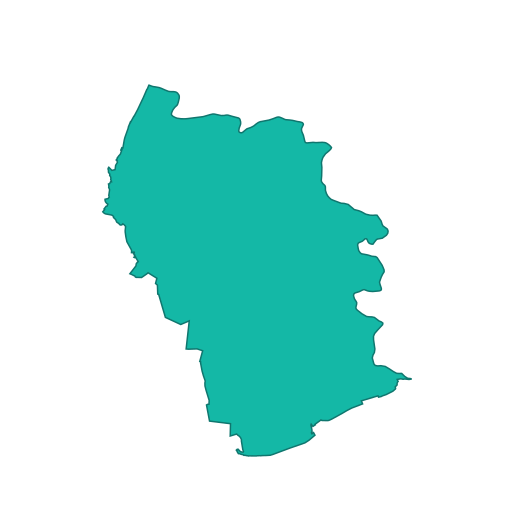 the district of Huanímaro, Guanajuato, Mexico, rotated 253°
{"feature_id": "50627088B31138177943412", "entity_name": "Huanímaro", "entity_type": "district", "adm_level": 2, "iso_a3": "MEX", "parent_name": "Mexico", "parent_adm1": "Guanajuato", "projection": "mercator", "projection_center": [-101.493, 20.365], "detail": "fine", "context": "isolated", "style": "filled", "palette": "teal", "viewbox_px": 512, "rotation_deg": 253, "n_neighbors": 0, "source": "geoboundaries", "source_scale": "gbopen_adm2", "svg_char_len": 6038}
<svg xmlns="http://www.w3.org/2000/svg" viewBox="0 0 512 512"><g transform="rotate(253 256 256)"><path d="M450.7,203.6L450.1,203.0L447.6,201.0L447.2,200.3L444.7,198.2L439.9,194.1L438.2,192.5L430.6,185.6L425.2,180.2L425.3,180.0L420.4,175.0L420.7,174.9L416.5,171.5L416.1,171.5L408.4,165.8L407.1,164.9L405.2,163.8L398.3,160.3L398.8,159.4L397.6,158.7L397.6,158.2L396.9,157.8L396.8,158.8L393.0,156.0L392.0,154.2L390.2,151.8L389.6,151.8L388.7,150.4L387.7,151.2L387.4,150.9L386.0,150.8L383.8,148.3L379.8,146.5L380.0,143.2L383.9,141.2L383.1,140.2L382.8,140.2L382.3,139.9L381.5,140.0L379.2,139.4L378.5,139.6L377.6,140.0L377.0,140.1L376.4,139.9L376.1,139.7L375.8,139.6L374.3,140.1L372.9,140.0L371.5,139.4L370.2,139.6L369.2,139.5L369.6,138.7L368.0,137.2L368.0,136.0L365.8,135.7L364.4,135.1L363.4,135.4L362.0,135.3L356.9,132.9L355.2,132.9L354.8,132.1L354.2,131.6L354.4,128.2L353.2,127.9L351.9,127.9L350.2,128.5L348.9,129.5L347.2,128.1L347.4,127.2L345.4,124.4L344.6,124.8L343.1,122.4L342.1,122.8L341.0,123.6L340.2,124.5L337.4,129.9L336.8,130.5L336.2,130.9L335.2,131.3L334.7,131.0L334.4,131.0L333.1,131.8L331.5,132.5L329.9,132.6L329.0,132.8L327.1,134.4L326.1,134.7L325.4,135.2L325.1,135.9L325.0,136.9L325.6,137.8L325.7,138.0L324.5,139.0L322.5,139.9L322.3,139.9L318.5,138.3L317.0,137.9L312.7,137.2L307.4,136.7L298.4,138.6L297.2,138.5L295.6,137.9L295.4,138.5L295.6,139.1L295.5,139.9L295.4,139.8L295.2,140.4L294.6,141.1L295.0,139.6L294.5,139.5L293.9,139.7L293.7,139.6L292.9,140.3L292.6,140.2L292.3,139.9L291.3,140.4L290.6,140.5L290.4,140.2L290.7,139.2L290.5,138.9L289.9,139.5L289.5,140.6L285.1,141.7L284.7,140.7L284.4,140.7L284.2,140.0L283.9,139.5L283.4,139.1L281.8,138.4L281.5,138.1L275.9,130.2L274.5,131.9L273.0,133.4L272.5,134.2L271.2,134.5L270.6,135.2L268.9,140.3L270.8,146.3L271.5,147.9L263.7,154.7L259.1,151.9L257.0,153.2L248.3,150.9L247.7,151.7L223.8,151.4L212.5,164.0L213.5,173.2L187.5,162.0L186.6,164.3L184.4,172.5L181.0,177.3L171.6,171.4L171.2,172.1L169.7,171.7L161.7,170.8L156.7,170.7L151.3,170.9L149.5,170.0L146.6,169.2L142.1,169.0L131.6,169.0L128.0,167.7L128.3,166.2L128.0,165.1L111.7,163.3L103.1,182.6L91.4,178.7L91.4,185.4L89.7,186.4L88.5,187.4L86.8,188.1L84.8,188.4L83.1,187.9L81.5,187.7L74.9,186.8L72.7,186.9L72.2,186.3L72.5,185.4L73.5,183.9L76.4,182.4L76.1,181.6L76.6,181.4L76.1,180.4L74.5,180.9L73.7,180.9L72.1,181.4L71.9,182.0L71.8,182.3L71.4,183.0L70.9,183.5L70.0,185.0L69.8,185.6L69.0,186.0L68.7,187.0L68.0,188.4L67.7,188.8L67.3,189.9L66.9,190.4L66.9,190.7L66.9,190.9L66.5,192.2L65.3,195.9L64.7,197.9L64.6,198.8L64.0,201.1L63.5,202.4L63.5,203.0L62.3,207.2L61.3,211.4L61.3,214.1L62.4,232.2L63.0,248.2L64.3,252.8L67.4,260.0L70.3,259.4L69.6,257.6L69.6,257.4L70.6,257.3L71.2,257.5L71.5,258.2L73.8,258.7L78.3,259.1L79.0,259.6L76.4,260.6L77.2,263.3L77.8,263.2L80.2,270.2L79.6,270.7L79.3,271.3L77.6,276.5L77.5,277.6L77.6,278.7L77.9,280.8L80.4,292.7L81.6,297.7L82.6,303.1L83.4,314.7L86.7,314.4L86.6,331.8L85.2,331.9L85.0,334.7L85.3,336.2L85.4,339.9L86.4,345.8L86.7,347.4L88.0,350.3L88.3,350.7L88.9,350.8L90.1,350.8L91.4,353.2L93.0,353.7L94.1,354.5L94.4,355.2L96.7,354.9L96.2,358.6L95.1,360.7L94.9,362.3L93.2,366.2L92.9,368.3L93.3,368.4L93.8,367.5L94.7,365.3L97.4,363.0L101.1,361.0L101.9,358.3L102.7,356.2L105.3,353.6L109.2,350.4L112.6,347.3L114.6,343.3L115.3,340.2L116.5,338.0L118.3,337.2L124.5,337.4L127.0,338.9L129.1,341.0L132.3,342.5L141.4,343.9L144.9,344.9L147.2,346.8L149.6,350.6L153.3,357.0L154.7,357.7L156.2,356.7L158.0,354.6L162.6,351.3L163.8,349.2L164.8,346.4L165.8,344.1L169.8,340.4L174.5,337.1L176.3,336.3L177.7,336.5L180.6,338.2L182.1,338.7L183.9,338.3L185.9,337.7L187.9,337.6L189.7,337.7L191.2,338.6L191.7,340.0L191.7,344.3L192.4,348.4L192.2,349.7L190.1,352.4L189.1,354.2L187.9,357.3L186.6,363.6L186.6,364.7L186.8,365.6L187.2,366.0L187.9,366.3L188.9,366.4L192.9,366.3L195.0,366.5L199.1,369.5L201.4,371.6L203.4,373.9L205.2,374.4L207.7,374.2L210.3,373.9L219.0,371.4L220.4,370.3L221.9,366.7L223.8,364.0L224.8,362.3L227.3,357.5L228.8,356.5L231.2,355.8L233.8,356.0L236.9,356.4L238.3,357.4L238.7,358.6L239.0,361.8L239.7,363.6L240.5,365.1L240.3,366.4L239.8,366.9L238.7,367.1L236.7,367.3L235.0,368.0L233.7,369.7L233.1,371.3L234.8,373.5L236.4,375.9L236.7,377.0L236.1,382.0L237.7,386.8L239.3,388.7L241.2,389.6L243.3,389.5L247.7,386.2L249.6,385.9L252.8,385.9L259.6,383.7L260.2,382.1L260.7,379.8L261.7,377.0L263.9,373.2L267.4,369.8L269.2,367.6L271.7,363.5L278.3,359.3L280.5,355.7L281.6,352.8L286.6,346.3L288.2,344.4L290.3,343.1L292.6,342.1L295.3,341.6L298.5,341.6L301.9,342.6L303.3,342.5L305.5,341.2L307.1,340.6L308.2,340.4L309.4,340.6L313.4,342.2L321.5,344.9L325.4,345.7L326.4,346.0L328.7,347.3L330.7,348.8L333.4,352.3L335.4,357.0L336.5,358.9L337.6,359.9L338.8,359.5L340.5,358.6L342.3,357.3L343.5,356.2L344.3,355.1L345.3,352.7L346.9,346.5L348.0,343.8L349.2,337.9L349.5,337.3L349.8,336.8L350.4,336.4L351.2,336.2L357.6,336.6L361.5,336.2L362.9,336.3L363.7,336.5L364.7,336.9L365.5,337.6L367.7,339.6L368.1,339.8L368.7,339.8L369.1,339.7L369.8,339.4L370.3,338.9L371.4,337.2L372.6,334.7L374.9,330.8L376.1,328.2L377.6,324.5L378.1,323.6L380.0,321.5L381.8,319.3L382.2,318.5L382.5,317.5L382.6,316.2L382.3,312.3L382.2,308.2L383.0,300.9L383.2,299.4L383.1,298.4L383.0,297.3L382.6,296.0L382.2,294.7L381.1,292.1L380.9,291.3L380.4,288.5L380.3,284.6L379.7,283.0L378.1,279.2L378.1,278.1L378.4,277.3L379.2,276.3L380.2,276.0L380.7,276.1L381.4,276.4L383.2,277.3L386.4,279.7L387.0,280.0L388.7,280.5L390.8,280.6L391.7,280.5L392.3,280.3L393.2,279.5L396.5,274.1L398.8,270.6L399.2,269.7L399.5,268.5L399.7,266.7L400.5,263.8L403.8,257.9L404.4,256.3L404.6,253.6L404.7,247.0L404.8,245.7L407.4,230.8L407.9,228.4L409.1,224.6L410.9,220.7L412.2,219.1L413.9,217.4L415.1,216.7L416.0,216.5L416.4,216.6L417.3,217.0L418.4,217.8L420.0,219.2L421.2,220.8L422.0,222.0L423.1,224.3L423.5,224.9L424.3,225.6L425.9,226.7L429.5,228.8L431.1,229.3L432.1,229.4L432.6,229.3L434.7,228.6L435.8,227.8L436.6,226.7L437.3,225.2L438.2,222.3L439.0,220.5L441.3,217.6L444.0,214.5L445.4,212.6L446.7,210.1L448.2,207.0L448.8,206.1L450.7,203.6Z" fill="#14b8a6" stroke="#0f766e" stroke-width="1.5"/></g></svg>